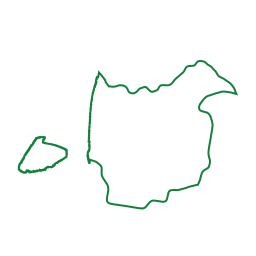 Villa Hermosa, La Romana, Dominican Republic, rotated 99°
{"feature_id": "3306468B24610118168871", "entity_name": "Villa Hermosa", "entity_type": "district", "adm_level": 2, "iso_a3": "DOM", "parent_name": "Dominican Republic", "parent_adm1": "La Romana", "projection": "orthographic", "projection_center": [-69.03, 18.426], "detail": "fine", "context": "isolated", "style": "outline", "palette": "green", "viewbox_px": 256, "rotation_deg": 99, "n_neighbors": 0, "source": "geoboundaries", "source_scale": "gbopen_adm2", "svg_char_len": 5922}
<svg xmlns="http://www.w3.org/2000/svg" viewBox="0 0 256 256"><g transform="rotate(99 128 128)"><path d="M77.4,26.3L72.3,29.3L69.9,31.5L67.8,34.1L64.3,41.4L62.8,46.2L62.0,47.3L58.7,50.0L56.2,53.3L54.9,54.7L54.2,55.8L52.9,59.2L50.8,62.3L50.4,64.5L50.4,66.9L51.1,69.0L51.5,69.6L52.7,70.5L55.1,71.6L56.0,72.6L56.5,73.9L57.2,77.5L58.2,79.4L59.2,80.2L63.1,81.5L64.5,82.3L71.9,88.6L73.8,89.9L76.5,91.2L78.1,92.6L79.0,93.8L79.6,95.2L80.2,100.3L80.8,102.3L82.3,103.5L84.6,104.3L85.7,104.9L86.6,105.9L88.1,108.7L88.5,109.9L88.4,111.2L87.7,112.5L86.0,114.7L84.9,116.4L84.8,117.1L85.0,118.4L87.1,122.4L88.0,123.3L90.3,124.7L91.8,126.1L92.9,128.0L93.1,129.5L93.0,130.9L92.6,132.3L91.7,133.3L89.6,134.6L88.1,136.0L87.4,137.2L86.8,139.5L86.9,141.8L87.2,143.3L88.8,146.5L89.5,148.7L89.9,153.4L86.7,156.8L83.9,158.4L79.8,162.8L77.7,165.4L82.3,165.4L82.3,165.7L82.6,165.7L82.6,166.4L82.9,166.4L82.9,166.7L83.2,166.7L83.2,166.4L83.9,166.4L83.9,166.7L84.5,166.7L84.5,167.0L88.2,167.0L87.9,166.4L88.8,166.4L88.8,166.7L90.0,166.7L90.0,167.0L90.9,167.0L90.9,167.4L92.2,167.4L92.2,167.0L92.5,167.0L92.8,167.7L96.2,167.7L96.2,168.0L99.0,168.0L99.0,168.3L105.7,168.3L105.7,168.0L106.4,168.0L106.4,168.3L110.7,168.3L110.7,168.0L115.3,168.0L115.3,167.7L119.9,167.7L119.9,167.4L123.0,167.4L123.0,167.0L125.8,167.0L125.8,166.7L128.9,166.7L128.9,166.4L132.9,166.4L132.9,166.1L136.9,166.1L136.9,165.7L139.3,165.7L139.3,165.4L141.8,165.4L141.8,165.1L144.3,165.1L144.3,164.8L147.4,164.8L147.4,164.4L147.7,164.4L147.7,163.8L150.5,163.8L150.5,163.5L152.0,163.5L152.0,163.1L153.5,163.1L153.5,162.8L156.0,162.8L156.0,163.1L156.9,163.1L156.9,163.5L158.2,163.5L158.2,163.8L160.9,163.8L160.9,163.5L161.9,163.5L161.9,163.1L163.1,163.1L163.1,162.8L164.0,162.8L164.0,162.5L164.6,162.5L164.6,162.2L165.6,162.2L165.6,161.8L166.2,161.8L166.2,161.5L167.1,161.5L167.1,161.2L167.7,161.2L167.7,160.9L168.6,160.9L168.6,160.5L165.4,160.5L165.9,156.5L166.4,154.2L168.7,150.0L170.1,148.4L172.2,147.6L177.0,147.0L179.4,146.2L181.6,144.6L186.9,139.8L189.2,138.4L192.7,137.7L200.6,137.8L202.2,137.6L203.7,137.1L204.8,136.0L205.4,134.5L205.6,130.3L205.4,118.4L205.5,104.6L205.3,102.0L205.0,100.4L203.8,98.5L197.6,94.7L196.2,93.1L195.7,91.6L195.5,90.0L195.5,82.2L195.1,80.7L194.3,79.4L193.7,78.9L192.3,78.4L185.4,77.9L184.1,77.4L183.0,76.4L182.3,74.3L181.4,68.6L178.4,61.9L176.3,58.1L173.0,50.0L168.0,48.8L162.8,48.3L160.4,47.8L159.0,47.1L157.9,46.3L155.0,42.8L153.6,42.1L151.3,41.7L148.8,41.7L147.1,42.0L142.4,44.1L139.1,44.8L133.8,44.9L116.0,44.7L111.6,44.9L108.6,45.9L104.1,48.1L102.3,49.4L100.9,51.1L100.4,52.5L99.8,58.0L99.3,59.4L98.9,60.0L97.7,60.8L96.3,61.1L94.1,60.9L92.7,60.4L87.6,57.7L85.2,55.9L83.9,54.2L80.5,47.6L77.4,40.9L76.9,38.4L76.8,32.3L77.4,26.3ZM166.2,184.3L163.4,184.3L163.4,184.6L161.9,184.6L161.9,184.9L160.6,184.9L160.6,185.2L159.4,185.2L159.4,185.9L159.1,185.9L159.1,186.5L158.8,186.5L158.8,187.2L158.5,187.2L158.5,188.2L158.2,188.2L158.2,189.5L157.9,189.5L157.9,190.8L157.5,190.8L157.5,192.1L157.2,192.1L157.2,193.7L156.9,193.7L156.9,195.3L156.6,195.3L156.6,196.9L156.3,196.9L156.3,200.2L156.0,200.2L156.0,207.7L155.7,207.7L155.7,209.6L154.8,209.6L154.8,209.9L153.2,209.9L153.2,209.6L152.6,209.6L152.6,209.3L151.7,209.3L151.7,209.0L151.1,209.0L151.1,208.6L150.5,208.6L150.5,209.0L150.1,209.0L150.1,209.9L150.5,209.9L150.5,212.9L150.8,212.9L150.8,213.5L151.1,213.5L151.1,214.2L151.4,214.2L151.4,214.8L151.7,214.8L151.7,215.5L152.0,215.5L152.0,216.1L152.3,216.1L152.3,216.8L152.6,216.8L152.6,217.1L153.2,217.1L153.2,217.4L154.2,217.4L154.2,217.7L154.8,217.7L154.8,218.1L155.4,218.1L155.4,218.4L156.0,218.4L156.0,218.7L156.9,218.7L156.9,219.0L157.5,219.0L157.5,219.4L158.8,219.4L158.8,219.7L159.4,219.7L159.7,220.3L160.3,220.3L160.3,220.7L160.6,220.7L160.6,221.0L161.2,221.0L161.2,221.3L162.2,221.3L162.2,221.6L163.1,221.6L163.1,222.0L163.7,222.0L163.7,222.3L164.6,222.3L164.6,222.6L165.3,222.6L165.3,222.9L165.9,222.9L165.9,223.3L166.5,223.3L166.5,223.6L167.4,223.6L167.4,223.9L168.0,223.9L168.0,224.2L168.6,224.2L168.6,224.6L169.3,224.6L169.3,224.9L170.2,224.9L170.2,225.2L170.8,225.2L171.1,225.9L173.3,225.9L173.3,226.2L174.2,226.2L174.2,226.5L174.8,226.5L174.8,226.8L175.7,226.8L175.7,227.2L176.4,227.2L176.4,227.5L177.3,227.5L177.3,227.8L177.9,227.8L177.9,228.1L178.8,228.1L178.8,227.8L179.1,227.8L179.1,228.4L179.4,228.4L179.8,229.1L180.7,229.1L180.7,229.4L181.9,229.4L181.9,229.7L184.1,229.7L184.1,229.4L185.9,229.4L185.9,229.1L186.2,229.1L186.2,228.4L186.8,228.1L186.8,227.5L187.2,227.5L187.2,226.8L187.5,226.8L187.5,226.2L187.8,226.2L187.8,225.2L188.1,225.2L188.1,223.9L188.4,223.9L188.4,222.9L187.8,222.6L187.8,222.0L187.5,222.0L187.5,221.6L186.8,221.6L186.8,221.3L185.9,221.3L185.9,221.0L185.6,221.0L185.6,220.0L185.9,220.0L185.9,219.3L186.2,219.3L186.2,218.7L186.8,218.7L186.8,218.4L187.2,218.4L187.2,218.1L186.8,218.1L186.8,217.4L186.5,217.4L186.5,216.7L186.2,216.7L186.2,215.1L185.9,215.1L185.9,214.5L185.6,214.5L185.6,214.2L185.3,214.2L185.6,213.5L185.3,213.5L185.3,212.5L185.0,212.5L185.0,211.2L184.4,211.2L184.4,210.9L184.1,210.9L184.1,209.0L183.8,209.0L183.8,208.3L183.4,208.3L183.8,207.7L183.4,207.7L183.4,207.0L183.1,207.0L183.1,205.7L182.8,205.7L182.8,205.1L182.5,205.1L182.5,204.7L182.2,204.7L182.2,204.1L182.5,204.1L182.5,203.4L181.6,203.4L181.6,203.1L181.0,203.1L181.0,202.8L180.4,202.8L180.4,202.5L180.1,202.5L179.7,201.8L179.4,201.8L179.4,200.8L178.8,200.8L178.8,197.9L178.5,197.9L178.5,196.9L177.9,196.6L177.9,196.3L177.0,196.3L177.0,196.0L176.7,196.0L176.7,195.0L176.0,195.0L176.0,194.7L175.1,194.7L175.1,194.3L174.5,194.3L174.2,193.7L173.6,193.4L173.6,192.7L173.3,192.7L173.0,192.1L172.7,192.1L172.7,191.7L172.3,191.7L172.0,191.1L171.7,191.1L171.7,190.4L171.1,190.1L171.1,189.8L170.8,189.8L170.5,189.1L170.2,189.1L170.2,188.5L169.9,188.5L169.9,188.2L169.3,187.8L169.0,187.2L168.6,187.2L168.3,186.5L167.7,186.2L167.7,185.9L167.1,185.6L166.8,184.9L166.5,184.9L166.2,184.3Z" fill="none" stroke="#15803d" stroke-width="2"/></g></svg>